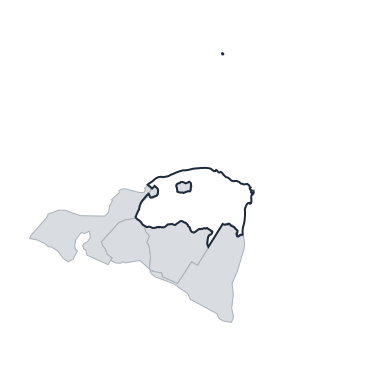 map of South Africa with Lesotho, Zimbabwe, Botswana and 3 others greyed out, rotated 215°
{"feature_id": "ZAF", "entity_name": "South Africa", "entity_type": "country or territory", "adm_level": 0, "iso_a3": "ZAF", "parent_name": "Africa", "parent_adm1": "", "projection": "albers", "projection_center": [25.295, -34.555], "detail": "fine", "context": "with_neighbors", "style": "outline", "palette": "slate", "viewbox_px": 384, "rotation_deg": 215, "n_neighbors": 6, "source": "natural_earth", "source_scale": "50m", "svg_char_len": 7608}
<svg xmlns="http://www.w3.org/2000/svg" viewBox="0 0 384 384"><g transform="rotate(215 192 192)"><path d="M203.6,184.3L208.5,189.0L205.2,194.9L201.7,195.9L200.5,198.3L198.2,199.0L193.6,193.2L200.6,185.7L203.6,184.3Z" fill="#d9dde1" stroke="#a8b0b8" stroke-width="1"/><path d="M223.4,138.2L211.3,136.4L207.0,133.0L201.7,131.7L199.8,124.5L196.8,123.7L189.0,115.6L182.6,104.4L195.4,106.0L205.9,95.7L208.6,95.2L209.5,92.8L213.8,90.1L219.4,89.4L219.8,92.1L225.9,92.3L230.7,95.8L234.1,96.6L237.7,99.1L234.5,124.8L231.2,130.4L223.4,138.2Z" fill="#d9dde1" stroke="#a8b0b8" stroke-width="1"/><path d="M211.3,136.4L201.4,141.5L195.2,146.8L190.8,154.3L187.1,154.9L185.2,160.7L181.0,162.4L175.6,162.1L169.5,159.2L166.3,161.0L164.8,164.5L158.6,170.2L153.9,171.2L152.3,168.7L152.7,164.1L148.4,157.4L146.6,156.4L145.4,135.1L152.2,134.5L151.3,108.8L167.7,105.5L170.5,108.4L175.0,105.5L182.6,104.4L189.0,115.6L196.8,123.7L199.8,124.5L201.7,131.7L207.0,133.0L211.3,136.4Z" fill="#d9dde1" stroke="#a8b0b8" stroke-width="1"/><path d="M145.4,135.1L148.0,183.5L142.5,187.6L139.1,188.4L132.1,186.9L130.7,183.9L128.0,182.1L125.3,186.0L120.0,180.9L116.9,175.7L109.2,152.6L106.8,140.1L99.5,131.9L92.7,119.4L86.1,113.2L84.9,107.8L92.4,104.3L97.1,103.9L101.7,106.6L131.9,103.1L137.1,106.2L154.6,106.3L173.6,101.3L178.3,101.7L181.2,103.3L170.5,108.4L167.7,105.5L151.3,108.8L152.2,134.5L145.4,135.1Z" fill="#d9dde1" stroke="#a8b0b8" stroke-width="1"/><path d="M253.4,63.7L259.2,63.7L268.1,66.6L275.5,66.4L278.5,64.7L283.0,65.4L291.7,63.8L298.3,60.7L299.1,64.0L296.4,87.8L297.2,91.5L290.7,100.6L285.5,104.3L270.0,108.5L249.7,122.2L248.7,127.3L251.4,133.1L252.3,139.6L253.5,139.4L251.2,149.8L252.6,151.2L251.3,154.1L248.3,156.4L234.2,161.7L231.1,164.2L231.4,167.3L233.1,167.9L232.2,171.7L227.2,171.3L225.7,162.0L227.4,153.9L223.4,138.2L231.2,130.4L234.5,124.8L237.7,99.1L234.1,96.6L230.7,95.8L225.9,92.3L219.8,92.1L219.0,84.4L241.9,80.0L245.9,83.7L248.0,83.2L250.7,85.3L250.9,88.1L249.1,91.3L249.2,96.3L253.5,101.1L256.2,96.4L259.5,95.2L259.8,86.1L257.2,80.7L254.7,78.2L252.1,78.1L250.8,68.8L253.4,63.7Z" fill="#d9dde1" stroke="#a8b0b8" stroke-width="1"/><path d="M227.2,171.3L225.7,174.5L221.8,175.1L218.2,170.9L218.2,168.3L220.9,163.5L222.9,163.1L226.1,164.7L227.2,171.3Z" fill="#d9dde1" stroke="#a8b0b8" stroke-width="1"/><path d="M210.8,137.2L212.9,136.9L214.5,137.2L216.5,138.1L218.3,138.5L220.1,138.3L221.5,138.4L222.5,138.5L223.4,138.9L224.0,139.3L224.0,139.7L224.0,139.9L224.3,140.9L224.7,142.4L224.9,143.9L225.3,145.8L225.2,146.9L225.3,147.3L225.6,147.8L226.1,148.7L226.2,149.3L226.3,149.6L226.8,150.4L227.1,151.5L227.4,152.9L227.6,153.7L227.7,154.0L227.8,154.6L227.7,155.9L227.6,157.4L227.5,159.1L227.4,160.5L227.3,161.2L227.2,163.2L226.7,164.2L226.7,165.0L226.8,165.6L226.6,165.6L226.3,165.7L224.8,164.8L223.4,163.8L223.2,163.8L222.8,163.8L222.0,164.4L221.1,165.4L220.7,166.2L220.1,167.1L219.1,168.5L218.9,168.8L218.9,169.9L218.9,171.0L219.4,171.3L219.7,172.2L220.5,173.7L221.8,174.7L223.0,175.2L224.8,175.4L226.2,175.5L226.2,174.5L226.5,172.9L226.7,171.9L226.9,171.9L227.3,172.0L227.5,172.1L228.0,172.1L229.0,172.4L229.8,172.4L230.6,172.5L231.8,172.5L232.5,172.5L232.1,174.2L231.0,176.8L230.6,178.0L229.5,182.3L228.3,184.5L227.7,185.3L225.9,186.8L225.4,187.1L225.0,187.3L224.3,187.4L221.3,190.5L220.1,192.0L219.1,194.3L218.1,195.5L216.6,198.1L215.3,200.1L214.0,201.9L211.9,204.5L211.0,205.2L210.4,205.5L208.8,206.9L206.5,209.3L204.7,211.4L202.1,213.8L200.7,214.8L198.4,216.9L197.8,217.2L195.4,219.1L193.6,220.2L190.8,221.6L189.6,221.9L187.0,221.6L185.9,221.7L184.9,222.6L184.9,223.8L184.5,224.0L183.9,223.9L182.0,223.4L181.0,223.5L180.4,224.1L180.0,225.0L178.6,225.0L176.1,224.2L173.1,223.7L172.5,223.7L171.0,224.3L170.6,224.4L168.5,224.3L167.3,224.0L166.2,224.0L165.4,224.3L164.4,224.5L161.7,226.8L160.3,226.9L159.1,227.2L158.5,227.2L157.3,226.9L156.9,227.0L156.3,227.1L155.6,227.6L154.2,227.8L153.6,228.2L151.2,230.4L150.7,230.3L150.2,230.2L148.9,230.2L147.4,229.2L146.9,229.3L147.0,229.0L147.0,228.4L146.7,228.0L146.4,227.8L145.9,227.9L145.5,227.4L144.7,227.4L144.4,227.6L143.9,227.6L143.9,227.1L143.9,226.8L143.8,226.3L143.7,225.7L143.3,225.6L143.1,225.5L142.4,225.6L142.0,225.7L141.8,225.9L141.6,226.3L141.7,227.6L141.4,227.3L141.0,226.5L140.8,225.7L140.9,224.7L141.5,224.2L141.4,223.6L141.2,223.0L140.4,221.5L140.0,220.9L139.4,220.4L138.8,219.4L138.3,219.0L138.0,218.2L137.5,217.6L137.2,216.6L137.5,216.0L137.9,215.7L138.3,216.2L138.9,215.9L139.6,215.2L140.0,214.0L139.9,212.3L139.7,211.2L138.9,208.4L138.5,207.8L137.0,205.9L135.2,203.3L132.8,199.2L131.6,196.8L129.7,191.7L128.1,188.9L126.2,186.4L126.0,186.2L126.2,185.9L127.0,185.2L127.4,185.0L127.6,185.0L127.8,184.8L128.0,184.4L128.0,184.0L128.1,183.4L128.2,183.1L128.4,182.4L128.7,181.9L129.5,181.6L130.1,181.9L130.4,182.2L130.6,182.7L130.8,182.9L131.3,182.9L131.6,183.2L131.8,183.8L131.8,184.2L131.6,184.5L131.7,184.9L132.0,185.3L132.2,185.7L132.4,186.3L133.5,186.5L134.1,186.7L135.0,186.7L135.9,186.9L136.7,187.3L138.0,187.3L139.9,186.9L141.4,186.9L142.6,187.3L143.5,187.3L144.0,187.0L144.2,186.6L144.1,186.1L144.4,185.7L145.0,185.6L145.4,185.1L145.8,184.5L146.6,183.9L147.9,183.4L148.6,183.4L148.5,182.4L148.3,179.1L148.2,175.8L148.0,172.5L147.8,169.3L147.6,166.0L147.5,162.7L147.3,159.5L147.1,156.4L147.5,156.6L149.7,158.1L150.3,159.0L150.6,159.5L151.6,161.4L152.4,163.2L153.0,164.5L153.0,165.1L153.1,165.7L153.2,166.0L153.2,166.3L152.8,167.1L152.5,167.6L152.0,168.4L152.0,169.4L152.2,170.6L152.5,171.2L152.9,171.4L153.8,171.0L154.3,171.1L155.1,171.3L157.6,171.1L157.9,171.1L158.9,171.2L159.2,171.1L159.4,170.8L159.7,170.1L160.0,169.8L160.6,169.7L161.2,169.5L161.7,169.0L162.5,167.6L164.1,166.3L164.6,166.0L165.0,165.7L165.2,165.2L165.8,163.6L166.2,162.3L166.3,161.7L166.7,160.7L167.2,160.0L167.6,159.6L167.9,159.6L168.5,159.4L169.2,159.2L170.1,159.4L171.0,159.7L172.0,160.4L173.0,161.2L173.5,161.6L174.0,161.8L174.9,161.8L175.5,161.8L176.4,162.6L176.8,162.6L177.9,162.9L179.2,163.1L180.0,163.1L180.8,162.6L181.4,162.6L182.2,162.7L183.1,162.5L183.8,162.3L184.3,162.0L184.7,161.6L185.2,160.3L185.5,159.3L186.0,158.2L186.5,156.6L186.7,155.6L186.9,155.3L187.7,154.9L188.4,154.7L190.2,154.3L190.6,154.1L190.9,153.6L191.7,152.7L192.7,152.0L193.2,151.6L194.1,148.1L194.3,147.7L194.9,146.8L195.4,146.4L195.6,146.4L196.0,146.2L196.5,145.7L197.1,145.4L197.8,145.3L198.2,145.0L198.4,144.5L198.8,144.2L199.3,144.3L199.6,144.1L199.7,143.8L200.0,143.5L200.5,143.2L200.8,142.9L200.8,142.6L201.5,141.8L202.8,140.5L204.0,139.8L205.1,139.7L206.1,139.5L207.1,139.1L207.9,138.5L208.4,137.7L209.2,137.2L210.8,137.2ZM204.5,195.1L205.6,194.7L206.1,194.4L206.4,194.2L206.9,193.8L207.1,193.0L207.2,192.2L207.6,191.9L207.9,191.7L208.2,191.3L208.6,190.4L208.9,189.5L208.9,189.1L208.8,188.7L208.6,188.3L208.4,187.8L208.1,187.7L207.6,187.3L206.9,186.7L206.2,186.1L205.6,185.3L205.4,185.2L204.8,184.6L204.5,184.3L204.4,184.0L204.2,183.8L203.9,183.9L203.2,184.1L201.6,184.6L200.7,185.2L199.9,185.9L199.0,186.1L198.4,186.3L197.9,187.1L197.4,187.8L197.0,188.5L196.8,188.8L196.6,189.0L196.4,189.4L195.9,190.1L195.5,190.6L194.9,190.8L194.2,191.1L194.0,191.3L193.9,191.6L194.2,192.3L194.4,192.9L194.8,193.7L195.1,194.2L195.5,194.9L195.8,195.3L195.7,196.0L195.8,196.2L196.0,196.5L196.6,196.8L196.7,197.0L197.0,197.2L197.2,197.6L197.7,198.2L198.2,198.6L199.2,198.8L199.9,199.0L200.1,198.9L200.4,198.6L200.6,198.1L200.7,197.6L200.9,197.3L201.8,195.9L202.3,195.4L202.6,195.4L203.0,195.3L203.5,195.2L203.9,195.3L204.0,195.3L204.5,195.1ZM246.7,323.2L246.5,323.3L245.5,323.0L245.4,322.7L245.8,322.4L246.0,322.2L246.5,322.4L246.9,322.8L246.7,323.2Z" fill="none" stroke="#1e293b" stroke-width="2"/></g></svg>